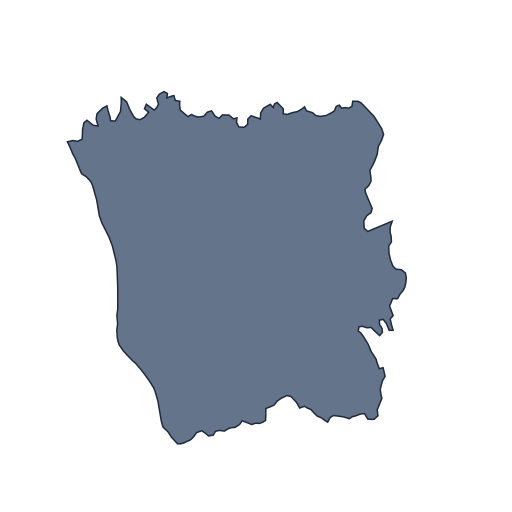 the district of Ribamar Fiquene, Maranhão, Brazil, rotated 344°
{"feature_id": "56859067B76896659935241", "entity_name": "Ribamar Fiquene", "entity_type": "district", "adm_level": 2, "iso_a3": "BRA", "parent_name": "Brazil", "parent_adm1": "Maranhão", "projection": "natural_earth1", "projection_center": [-47.299, -5.958], "detail": "fine", "context": "isolated", "style": "filled", "palette": "slate", "viewbox_px": 512, "rotation_deg": 344, "n_neighbors": 0, "source": "geoboundaries", "source_scale": "gbopen_adm2", "svg_char_len": 3329}
<svg xmlns="http://www.w3.org/2000/svg" viewBox="0 0 512 512"><g transform="rotate(344 256 256)"><path d="M111.0,129.0L114.7,133.0L117.7,138.9L118.3,142.9L118.3,158.2L116.5,174.2L117.0,182.0L119.9,197.1L120.7,206.7L120.1,222.5L119.3,228.3L114.6,247.4L108.5,268.8L105.8,275.0L104.3,283.0L101.7,289.1L100.2,296.0L99.8,299.8L100.0,303.8L102.4,310.8L105.1,316.3L108.6,322.8L110.7,326.0L114.6,334.6L116.8,340.3L119.0,346.5L121.3,354.6L121.7,358.4L121.7,368.6L119.5,388.2L119.4,394.7L122.9,400.7L124.9,407.1L128.8,414.9L131.9,415.8L135.2,415.8L142.6,414.6L146.2,412.6L150.2,409.4L155.7,409.0L158.5,412.5L160.9,416.0L165.6,416.4L168.7,413.4L172.5,413.5L177.4,415.6L181.6,414.4L184.8,414.2L188.6,415.0L193.8,413.4L197.2,410.6L201.6,413.8L205.4,416.8L209.3,416.6L213.4,417.9L216.9,417.6L219.9,416.6L221.5,411.8L223.4,405.3L228.2,404.9L232.3,404.3L236.4,401.3L241.0,399.7L247.2,398.7L250.9,400.7L254.5,407.7L256.1,414.2L261.1,413.8L263.8,416.6L266.4,418.6L268.5,422.9L270.8,426.9L274.3,429.6L276.6,432.7L279.1,435.5L282.8,431.7L286.4,430.7L290.8,432.5L296.4,435.1L300.9,438.2L303.9,437.1L308.2,437.1L313.0,436.7L316.9,437.5L318.5,443.6L324.3,445.6L329.2,443.2L330.1,437.3L337.8,427.5L338.0,423.0L338.7,418.4L340.6,415.0L343.4,410.6L346.9,407.3L347.4,398.4L343.5,398.3L343.0,392.8L343.0,388.2L340.4,379.6L339.5,371.9L338.5,368.0L337.2,363.4L335.6,359.0L333.6,356.2L335.6,352.4L338.8,352.9L343.0,355.6L346.9,356.4L349.7,361.4L352.9,366.6L356.5,364.2L357.2,360.4L355.9,355.8L356.9,351.7L360.8,352.0L362.8,357.2L363.5,364.2L367.3,365.2L367.3,358.7L367.7,353.4L371.4,351.1L370.9,344.7L370.6,340.9L372.8,338.3L375.5,334.6L380.3,336.1L383.9,332.4L387.8,329.8L390.5,326.9L392.5,323.3L394.5,318.4L394.9,313.5L392.0,309.3L386.8,307.1L384.8,303.4L384.2,296.8L384.6,290.1L386.3,283.1L390.1,279.7L391.3,274.4L391.5,269.8L393.0,265.1L396.5,260.1L382.6,261.7L370.2,263.2L367.7,259.3L369.2,252.1L373.6,247.8L378.6,246.0L380.8,242.2L380.0,236.2L378.8,225.7L379.0,222.0L383.8,219.4L387.2,215.8L388.1,212.2L389.1,205.0L391.8,202.3L395.6,198.3L400.5,191.7L403.8,184.4L408.6,179.4L412.2,174.2L411.9,168.1L409.0,158.0L408.0,154.4L399.2,137.7L396.6,135.4L391.7,133.9L389.5,138.5L386.1,139.5L382.4,137.9L379.0,137.5L377.6,133.9L374.3,134.3L371.2,138.2L366.5,139.5L362.2,140.3L356.2,139.5L352.2,137.5L349.8,133.8L344.5,130.3L343.8,126.0L340.4,127.4L335.6,128.6L330.0,128.2L325.2,128.6L321.4,126.9L322.8,122.0L320.9,118.5L318.6,114.2L315.6,115.0L313.5,118.0L311.5,114.1L307.5,115.1L303.9,116.0L299.9,119.8L297.9,125.5L293.9,122.6L290.0,119.8L285.9,122.1L284.2,127.2L280.0,129.0L275.0,127.2L274.1,122.0L275.8,118.0L272.1,117.9L268.9,113.1L262.6,111.1L258.5,113.5L255.3,110.5L253.3,104.2L248.8,104.3L244.4,107.3L238.8,106.5L235.6,104.6L233.0,102.2L229.0,103.3L226.4,99.4L223.4,94.7L224.1,90.0L225.4,86.2L221.3,84.3L221.3,79.1L217.7,79.1L213.9,79.5L215.7,75.3L212.8,72.6L207.5,73.9L204.2,76.7L204.1,83.1L201.8,85.7L198.4,87.7L192.4,79.9L189.4,83.7L192.4,88.2L186.9,91.9L182.1,93.0L178.7,91.3L176.8,88.2L175.1,80.7L174.1,72.0L170.1,66.4L168.9,71.1L165.6,79.7L157.9,87.5L153.5,85.9L154.0,82.3L153.8,75.4L154.1,70.6L149.4,71.6L146.4,73.2L142.4,75.4L140.1,80.3L140.0,87.5L135.6,85.5L130.9,78.9L127.3,80.5L124.2,86.6L121.1,95.8L116.1,96.6L112.0,94.6L106.2,94.2L107.5,102.3L108.0,107.4L109.1,111.9L111.0,129.0Z" fill="#64748b" stroke="#1e293b" stroke-width="1.5"/></g></svg>